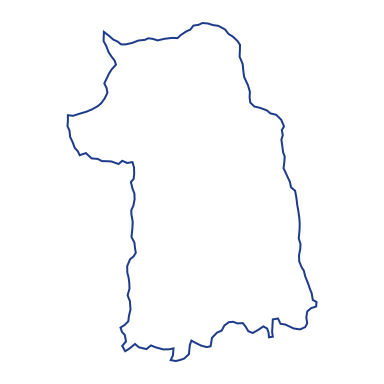 Palmeira d'Oeste, São Paulo, Brazil (Natural Earth projection)
{"feature_id": "56859067B94234705646326", "entity_name": "Palmeira d'Oeste", "entity_type": "district", "adm_level": 2, "iso_a3": "BRA", "parent_name": "Brazil", "parent_adm1": "São Paulo", "projection": "natural_earth1", "projection_center": [-50.754, -20.439], "detail": "fine", "context": "isolated", "style": "outline", "palette": "blue", "viewbox_px": 384, "rotation_deg": 0, "n_neighbors": 0, "source": "geoboundaries", "source_scale": "gbopen_adm2", "svg_char_len": 2530}
<svg xmlns="http://www.w3.org/2000/svg" viewBox="0 0 384 384"><path d="M85.9,153.1L91.6,158.4L97.7,158.9L102.0,161.1L106.2,161.2L111.0,161.4L118.6,164.0L122.2,160.8L127.2,163.0L132.4,162.1L134.0,167.3L134.2,173.8L133.6,179.0L130.9,182.0L132.4,188.3L134.4,193.6L134.6,199.4L133.3,205.9L131.3,210.1L131.4,214.5L132.7,221.6L132.4,228.2L131.5,237.0L134.4,242.6L135.0,248.1L135.8,252.8L133.6,256.4L130.1,259.2L127.2,266.1L127.3,272.4L128.6,277.7L129.3,283.0L129.5,288.6L127.6,295.3L129.9,301.2L130.5,309.5L128.9,316.2L128.3,321.3L124.6,325.0L120.5,327.6L121.9,331.8L124.8,335.0L126.0,341.5L122.2,345.9L125.2,351.2L129.3,348.7L135.0,344.0L138.9,347.3L146.4,349.1L151.0,345.4L155.5,347.3L163.3,349.4L169.0,349.3L173.5,348.4L172.9,355.4L170.7,360.1L175.8,361.0L179.7,360.1L184.1,358.6L188.9,354.2L189.8,345.2L191.4,340.6L196.4,343.3L201.4,345.7L206.7,347.1L210.6,346.3L212.0,337.8L216.9,332.7L221.7,330.6L224.3,325.6L228.8,322.2L233.2,321.8L237.4,323.4L242.8,323.1L245.8,326.9L248.2,331.1L252.6,333.0L257.9,330.1L263.3,326.4L267.1,328.5L268.6,332.9L269.0,337.3L272.8,336.7L272.1,331.7L272.4,327.1L272.8,319.4L278.0,318.5L280.5,323.8L285.5,324.6L289.7,326.6L293.8,328.5L300.1,329.4L305.2,327.1L307.2,323.4L306.3,317.2L307.3,311.4L311.2,308.1L316.2,306.5L316.5,301.9L312.8,300.0L311.7,293.3L309.8,288.6L308.2,283.7L305.3,276.6L303.8,270.6L301.5,267.0L299.2,261.3L299.0,255.3L300.2,249.4L300.5,244.1L298.7,238.4L299.2,234.0L299.6,228.7L299.7,223.1L299.3,217.9L298.4,211.4L297.2,204.7L296.4,197.8L295.1,190.8L291.0,187.3L290.0,182.1L287.8,177.4L285.3,171.9L283.5,168.2L284.3,162.6L284.7,156.5L283.1,152.2L282.3,146.1L281.4,139.6L282.8,135.2L281.8,130.1L284.0,126.4L281.2,119.7L276.1,114.8L270.4,113.4L266.9,110.4L260.2,107.9L254.3,106.5L250.3,102.6L249.6,97.2L249.9,91.8L248.0,85.3L244.1,76.9L243.3,70.5L242.6,63.9L239.6,56.6L239.9,50.1L240.0,44.8L237.4,40.9L232.7,36.5L228.6,34.0L225.1,29.5L218.3,25.8L213.0,25.1L208.0,23.5L202.4,23.0L198.7,24.8L193.4,25.6L190.3,29.7L186.4,31.3L180.7,35.1L177.6,38.1L171.9,37.9L164.5,38.8L157.6,40.4L152.5,38.8L148.3,38.3L144.8,39.9L138.5,40.5L132.0,43.0L125.6,44.4L121.1,44.4L117.7,41.6L113.3,39.6L109.0,35.8L103.9,31.9L103.7,36.9L103.6,41.2L106.2,45.8L108.6,52.2L111.5,56.6L114.6,60.6L116.0,64.6L111.7,69.4L109.2,73.2L106.6,78.7L104.3,83.4L106.6,88.1L107.4,92.8L104.6,98.6L101.2,103.2L98.0,106.0L91.8,109.5L86.1,111.8L80.6,113.4L73.0,115.8L67.9,115.2L67.9,121.1L67.5,126.2L69.5,130.6L70.1,136.8L72.6,142.1L74.8,148.0L77.9,151.4L79.7,155.2L85.9,153.1Z" fill="none" stroke="#1e3a8a" stroke-width="2"/></svg>